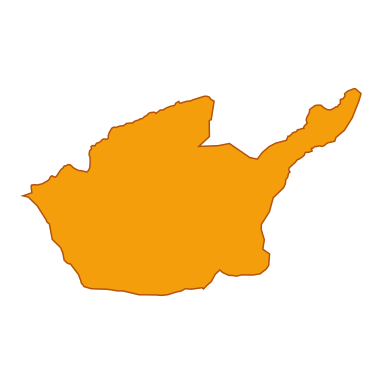 the district of Shani, Borno, Nigeria
{"feature_id": "59680162B31817043180897", "entity_name": "Shani", "entity_type": "district", "adm_level": 2, "iso_a3": "NGA", "parent_name": "Nigeria", "parent_adm1": "Borno", "projection": "albers", "projection_center": [11.982, 10.196], "detail": "fine", "context": "isolated", "style": "filled", "palette": "amber", "viewbox_px": 384, "rotation_deg": 0, "n_neighbors": 0, "source": "geoboundaries", "source_scale": "gbopen_adm2", "svg_char_len": 3647}
<svg xmlns="http://www.w3.org/2000/svg" viewBox="0 0 384 384"><path d="M214.1,101.2L210.8,99.2L209.1,97.0L206.9,96.3L204.6,96.2L201.5,97.1L196.4,98.7L193.3,99.7L190.4,100.9L187.3,101.2L183.4,102.2L180.4,103.4L179.4,102.6L178.8,101.4L175.7,103.2L175.0,104.9L173.8,105.7L170.5,106.3L169.5,106.7L166.4,107.9L164.8,108.7L163.3,110.0L162.0,109.9L160.1,110.1L158.6,111.4L155.9,113.4L155.2,112.6L153.9,112.2L151.0,112.5L148.7,113.3L146.9,115.3L144.8,116.4L143.3,117.7L141.9,118.8L140.0,118.8L139.0,119.8L136.1,120.7L134.3,121.4L132.2,123.1L130.7,123.0L126.1,123.5L125.6,124.4L123.1,125.8L120.8,125.9L118.4,126.5L116.0,127.4L113.7,127.2L111.8,128.2L109.3,132.5L108.2,135.7L108.3,137.4L108.1,138.4L107.2,139.0L105.8,139.5L104.7,138.9L103.5,139.0L102.0,139.8L100.4,141.7L98.7,142.6L96.6,143.2L95.4,144.8L95.2,145.8L94.4,145.8L93.1,145.5L91.9,145.8L91.0,146.6L91.6,148.7L89.7,150.7L89.2,153.2L89.1,154.9L90.1,157.5L90.1,159.8L90.1,163.2L89.9,166.1L89.5,168.4L88.3,170.6L87.1,172.0L80.7,170.6L78.2,170.4L76.3,169.4L74.4,168.4L73.0,167.4L71.4,165.8L70.1,164.8L67.8,164.6L66.4,165.7L64.2,166.0L63.0,167.9L61.1,169.4L59.8,171.2L58.6,173.0L57.1,175.4L55.4,177.2L53.8,176.8L52.1,175.8L50.7,176.5L49.9,177.9L49.3,179.2L47.7,180.7L45.6,181.9L42.2,183.8L37.2,185.0L34.6,184.7L31.8,185.0L31.2,185.6L31.3,187.2L31.3,188.6L31.9,192.7L27.8,194.2L23.0,195.8L28.3,197.1L37.3,205.9L46.1,219.8L47.1,222.2L49.4,224.0L52.2,239.3L60.5,247.5L61.4,248.9L61.3,249.6L61.6,250.5L62.7,252.0L62.6,252.7L63.0,254.1L63.2,255.0L63.6,257.1L64.1,260.0L66.7,262.7L69.1,263.9L70.4,263.9L74.0,268.6L78.4,274.4L79.7,277.8L80.2,279.1L80.9,280.8L81.2,282.7L84.1,286.6L91.1,288.7L98.1,289.0L102.4,289.1L104.4,289.1L109.0,289.5L111.2,289.8L111.3,289.8L116.4,290.7L116.7,290.8L118.9,290.9L122.7,290.9L131.7,293.0L139.2,294.8L148.0,294.8L152.1,294.9L155.5,294.9L161.6,295.4L163.4,295.2L167.8,294.7L176.0,292.1L181.5,290.9L185.3,288.7L191.2,289.2L202.2,287.7L203.4,289.0L203.5,289.0L207.3,285.0L211.2,281.7L215.3,274.2L219.8,270.0L222.6,272.5L229.0,275.4L232.2,275.4L232.6,275.5L236.6,276.1L241.5,274.9L253.3,275.0L257.7,274.2L260.1,273.8L265.9,269.4L268.7,265.4L269.2,259.0L269.6,254.0L262.8,249.2L264.3,239.7L261.2,229.4L261.4,224.4L269.4,211.7L273.2,197.8L283.6,187.7L285.5,183.3L285.8,179.5L287.6,177.4L288.6,173.2L290.0,172.0L288.6,169.7L289.2,167.8L290.6,166.6L295.5,162.1L296.7,160.4L297.6,159.6L298.7,159.3L301.4,157.6L304.0,155.5L305.4,152.4L308.7,152.3L312.1,151.0L311.3,148.5L312.5,148.4L313.8,147.4L314.7,146.6L315.7,146.5L316.2,146.7L316.7,146.4L317.0,146.4L317.9,146.4L319.0,145.9L319.4,145.8L319.7,145.9L320.0,145.9L320.4,145.9L320.9,146.2L321.3,146.2L321.6,146.4L322.1,146.4L322.9,146.1L323.5,145.9L324.5,145.4L325.4,144.5L327.6,142.9L331.2,142.1L334.7,141.2L336.0,137.4L344.4,130.3L349.0,123.0L352.2,117.9L358.9,101.0L361.0,93.6L355.6,88.9L354.1,88.6L347.7,91.1L344.6,93.7L345.0,95.6L344.4,97.0L342.7,99.0L341.6,99.0L340.3,99.5L340.3,102.3L340.4,103.8L338.6,104.9L337.5,106.7L335.8,106.9L334.2,108.1L332.1,109.1L330.5,110.0L329.3,109.7L327.3,109.6L324.9,108.4L322.5,106.7L321.5,105.4L320.2,105.2L318.7,105.1L315.4,105.4L310.9,108.5L309.6,109.6L309.5,111.7L309.1,113.1L308.4,114.5L307.2,116.6L306.5,118.4L306.2,120.2L307.2,123.1L305.3,125.0L304.2,126.3L303.6,127.3L303.9,128.3L301.5,128.7L300.2,129.2L298.8,129.6L297.6,129.7L297.1,130.3L297.0,130.6L296.8,131.2L296.2,131.6L295.6,132.0L294.5,132.0L292.7,132.9L291.0,134.7L289.2,136.4L288.1,136.1L286.4,140.3L275.6,143.2L269.1,146.6L262.4,152.4L257.3,159.1L249.9,157.6L229.4,143.5L218.1,145.7L198.8,146.4L209.4,136.6L209.2,120.9L210.3,119.9L211.1,119.8L211.2,119.6L214.1,101.2Z" fill="#f59e0b" stroke="#b45309" stroke-width="1.5"/></svg>